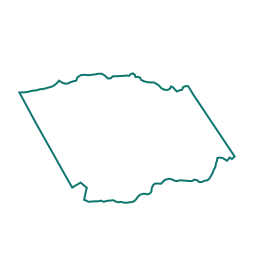 the district of Candeal, Bahia, Brazil, rotated 240°
{"feature_id": "56859067B49884846249596", "entity_name": "Candeal", "entity_type": "district", "adm_level": 2, "iso_a3": "BRA", "parent_name": "Brazil", "parent_adm1": "Bahia", "projection": "albers", "projection_center": [-39.193, -11.879], "detail": "fine", "context": "isolated", "style": "outline", "palette": "teal", "viewbox_px": 256, "rotation_deg": 240, "n_neighbors": 0, "source": "geoboundaries", "source_scale": "gbopen_adm2", "svg_char_len": 1801}
<svg xmlns="http://www.w3.org/2000/svg" viewBox="0 0 256 256"><g transform="rotate(240 128 128)"><path d="M213.0,51.7L178.4,50.7L152.7,50.4L134.8,50.2L120.3,50.0L110.7,49.9L106.7,49.9L104.3,49.9L104.4,53.0L104.4,59.7L101.5,60.7L96.9,62.4L87.8,54.1L85.7,55.7L83.8,56.9L82.7,59.2L81.8,61.4L79.7,64.9L78.6,68.3L76.4,69.9L75.2,73.8L73.8,76.9L72.9,79.1L70.8,80.3L68.5,82.4L67.8,84.6L66.2,86.4L64.1,88.9L63.0,92.1L61.8,94.4L61.6,97.1L62.4,99.9L63.7,102.6L64.1,105.6L63.2,109.0L60.9,111.6L60.3,114.0L61.2,116.4L63.9,118.4L65.7,120.7L66.4,123.2L65.1,126.0L63.2,128.7L64.0,131.6L64.7,133.9L64.1,135.9L63.5,138.2L61.2,140.6L59.0,142.0L57.4,144.2L56.9,146.5L55.6,148.6L53.7,151.3L51.8,154.0L50.1,156.7L50.2,159.3L48.6,161.5L45.4,162.8L44.2,165.3L44.1,167.9L43.0,170.6L43.5,173.2L44.7,175.3L46.7,178.8L48.7,181.1L50.7,184.3L53.4,186.5L55.0,188.5L57.3,190.3L56.7,192.2L55.1,194.6L52.3,196.3L50.1,197.3L50.8,199.3L51.6,201.2L49.2,202.5L50.0,206.1L125.0,201.2L133.9,201.1L135.4,199.2L135.8,196.2L134.0,193.9L134.9,191.3L135.2,188.6L137.8,187.9L140.4,187.4L142.5,186.1L141.0,184.0L141.2,181.3L142.6,179.0L145.6,176.8L148.8,176.2L151.9,174.8L154.4,173.3L156.0,170.6L157.9,167.9L160.3,165.3L163.3,163.3L165.5,163.7L167.2,162.2L168.5,160.0L170.7,160.5L172.9,159.5L173.3,157.3L172.7,154.9L174.2,152.9L174.9,151.1L175.9,149.3L177.4,146.2L179.0,143.1L180.4,140.7L179.7,137.8L181.0,135.3L183.1,134.8L185.5,133.9L188.2,132.3L189.7,129.7L190.7,126.6L192.0,123.9L192.7,121.7L193.9,119.5L195.9,116.9L197.4,113.5L197.1,109.4L194.9,106.9L195.6,104.7L196.4,101.1L196.6,98.4L197.4,96.2L199.7,94.0L203.5,91.9L202.4,88.7L201.9,86.0L201.8,83.4L202.4,80.8L203.4,77.1L204.2,73.8L205.4,71.7L205.9,69.7L206.5,67.3L207.7,64.7L208.9,61.4L209.5,58.9L210.8,55.9L212.1,53.6L213.0,51.7Z" fill="none" stroke="#0f766e" stroke-width="2"/></g></svg>